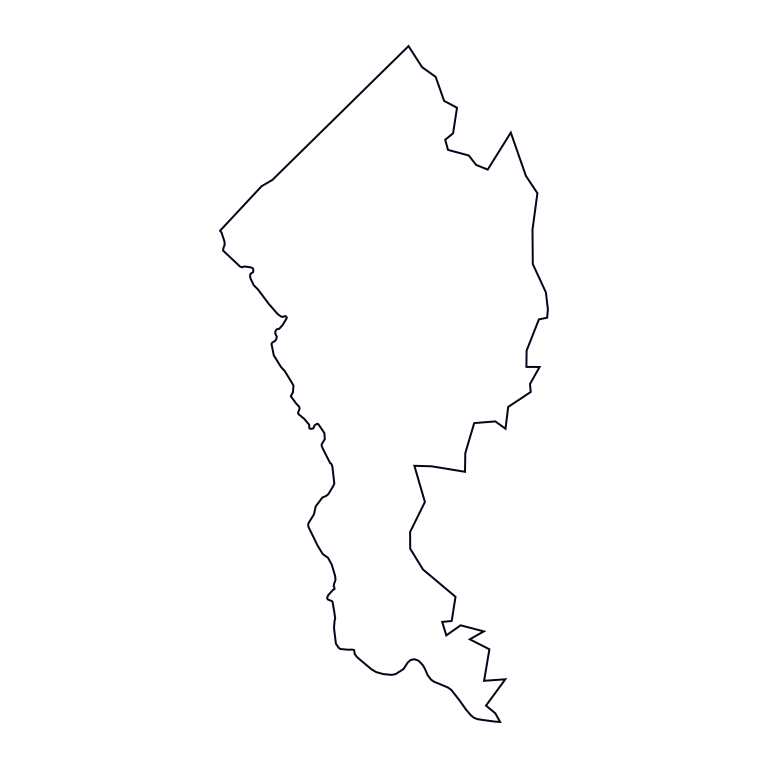 Jasper, South Carolina, United States of America
{"feature_id": "52423323B27439582532785", "entity_name": "Jasper", "entity_type": "district", "adm_level": 2, "iso_a3": "USA", "parent_name": "United States of America", "parent_adm1": "South Carolina", "projection": "equal_earth", "projection_center": [-81.085, 32.394], "detail": "fine", "context": "isolated", "style": "outline", "palette": "ink", "viewbox_px": 768, "rotation_deg": 0, "n_neighbors": 0, "source": "geoboundaries", "source_scale": "gbopen_adm2", "svg_char_len": 2632}
<svg xmlns="http://www.w3.org/2000/svg" viewBox="0 0 768 768"><path d="M220.1,230.7L221.5,232.5L224.4,241.3L224.6,242.3L224.6,245.1L223.6,247.5L223.0,250.5L240.1,266.6L242.3,267.3L243.7,266.6L245.7,266.6L251.3,267.5L253.0,268.5L253.4,270.8L252.9,272.3L251.5,273.1L250.3,274.2L250.1,275.4L250.4,278.2L253.7,285.2L258.0,289.5L268.7,303.8L277.5,313.9L281.1,316.6L282.8,316.9L285.1,316.1L285.9,316.3L286.8,317.6L286.4,318.7L282.7,324.9L279.2,328.8L276.8,329.3L275.8,330.4L275.3,331.9L275.3,333.5L275.9,335.0L276.7,336.4L276.7,337.4L276.3,338.9L275.6,340.4L274.3,341.4L272.3,342.5L271.5,344.0L273.8,355.4L281.0,367.0L284.7,371.0L290.9,381.1L293.5,385.6L292.9,392.3L290.8,396.3L291.4,397.0L296.2,403.6L299.1,406.6L299.6,408.4L299.1,410.2L298.3,411.9L298.0,412.9L298.6,414.2L304.5,419.1L309.2,424.8L309.3,426.0L309.2,427.5L309.4,428.2L309.7,428.5L310.0,428.7L310.5,428.8L311.3,428.8L312.4,428.7L313.5,428.0L313.9,427.2L314.5,425.4L317.0,423.8L318.1,424.0L319.2,425.4L324.4,433.1L324.8,439.2L322.0,443.7L321.5,445.4L322.9,448.8L330.2,463.2L331.2,463.7L331.9,465.1L332.4,466.8L334.1,481.7L334.3,483.5L333.0,486.5L328.3,494.2L326.3,495.8L322.3,497.6L315.7,506.4L314.0,514.2L308.8,522.7L308.1,524.7L308.5,527.0L310.3,530.6L315.2,540.7L317.6,545.6L322.2,553.2L322.7,554.0L328.1,557.9L331.8,564.8L335.2,576.2L335.5,579.9L334.1,583.8L333.7,586.1L334.4,587.6L334.4,589.2L333.2,589.7L330.8,592.3L328.2,595.2L327.3,597.2L327.2,598.5L328.0,599.6L331.8,601.0L332.6,602.0L333.7,608.8L334.0,610.1L335.2,618.4L334.6,620.6L334.0,628.0L335.9,643.7L338.7,647.8L340.3,649.0L347.8,649.7L352.8,649.7L354.2,650.1L354.6,653.7L356.5,656.6L357.0,657.0L359.8,659.5L371.6,669.4L376.2,672.1L383.4,674.1L391.9,674.9L395.8,674.0L403.7,668.9L404.7,667.2L407.6,662.7L410.5,660.1L414.2,659.2L417.4,660.2L419.1,661.2L423.0,665.4L424.8,668.6L427.7,675.2L430.9,679.5L434.0,681.7L447.7,687.4L451.2,689.8L459.2,700.0L466.1,709.7L470.9,715.3L473.7,717.6L477.2,719.1L482.3,719.9L494.8,721.6L500.1,721.9L495.3,713.3L486.0,705.6L505.3,679.3L484.1,680.8L489.4,649.3L469.8,639.3L483.8,631.4L460.6,625.3L446.3,635.4L442.2,621.9L451.7,621.0L455.5,596.8L423.0,569.5L410.2,548.7L410.1,532.0L424.9,502.0L414.4,465.8L431.6,466.3L465.0,471.8L465.3,453.1L474.2,423.1L495.3,421.4L505.5,428.7L508.2,406.9L530.7,392.0L530.0,384.0L539.6,367.0L526.4,366.9L526.6,350.6L538.9,319.4L547.1,317.7L547.9,309.6L545.9,292.4L532.8,264.1L532.5,229.7L537.4,193.2L525.9,175.9L510.8,132.6L487.7,169.6L476.1,164.9L468.8,155.5L448.0,149.9L445.2,139.7L453.1,133.3L457.0,107.8L444.1,100.9L435.7,76.9L422.1,67.2L408.5,46.1L272.4,179.9L261.6,186.2L220.1,230.7Z" fill="none" stroke="#020617" stroke-width="2"/></svg>